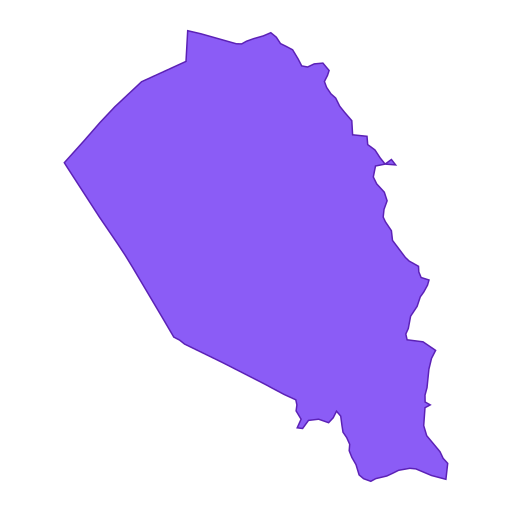 Arapiraca, Alagoas, Brazil (Albers equal-area conic projection)
{"feature_id": "56859067B80614928342365", "entity_name": "Arapiraca", "entity_type": "district", "adm_level": 2, "iso_a3": "BRA", "parent_name": "Brazil", "parent_adm1": "Alagoas", "projection": "albers", "projection_center": [-36.607, -9.758], "detail": "fine", "context": "isolated", "style": "filled", "palette": "violet", "viewbox_px": 512, "rotation_deg": 0, "n_neighbors": 0, "source": "geoboundaries", "source_scale": "gbopen_adm2", "svg_char_len": 1603}
<svg xmlns="http://www.w3.org/2000/svg" viewBox="0 0 512 512"><path d="M385.1,164.1L380.0,157.7L375.0,150.0L367.7,144.6L367.0,136.3L352.6,134.8L351.8,120.7L344.4,112.1L339.7,106.2L335.7,98.1L330.9,93.8L326.6,87.4L324.4,81.5L327.5,75.4L329.1,70.5L322.9,63.1L314.2,63.9L307.6,67.0L301.7,65.9L298.2,59.1L292.6,49.8L286.4,46.5L280.5,43.6L276.3,37.2L270.8,32.7L263.3,35.9L253.8,38.6L246.5,41.2L241.7,43.9L236.4,43.8L201.0,33.8L187.7,30.7L186.0,61.4L141.6,81.7L114.9,106.7L99.9,122.6L84.2,140.6L64.3,162.7L67.2,167.3L99.5,217.2L117.3,243.3L125.4,255.6L132.5,267.2L162.6,318.0L173.8,337.1L179.6,340.1L184.6,344.1L222.2,362.4L265.5,384.5L272.3,388.2L284.2,394.5L288.8,396.6L295.8,399.8L296.9,404.9L296.1,410.9L301.1,419.2L297.2,427.8L302.6,428.5L308.5,420.4L318.6,419.2L328.6,422.7L333.2,417.8L336.5,411.2L340.7,416.1L341.9,425.0L343.0,432.2L346.7,437.6L349.7,444.3L349.2,450.7L351.8,457.3L356.0,464.6L359.1,474.9L363.6,478.7L370.8,481.3L375.8,478.6L386.8,476.0L392.8,473.2L398.6,470.3L409.8,468.3L415.9,468.9L431.5,475.5L445.9,479.3L447.7,463.4L443.1,458.3L440.0,451.7L426.7,435.7L423.7,425.6L425.0,407.7L430.2,404.9L425.1,402.0L425.0,395.1L427.0,387.7L428.9,369.2L431.5,358.4L435.6,350.4L423.0,341.8L407.1,339.8L405.8,334.0L408.3,328.5L410.6,316.2L417.1,306.4L420.3,296.8L423.7,292.1L427.5,285.2L429.0,280.0L421.1,277.5L418.8,271.9L418.5,266.3L409.2,261.1L405.3,257.4L392.5,240.4L391.4,230.7L385.4,221.8L383.2,217.1L384.0,209.4L387.1,200.8L384.3,192.2L376.7,183.9L373.3,177.0L375.5,166.0L385.1,164.1ZM385.1,164.1L395.6,164.9L391.4,159.5L385.1,164.1Z" fill="#8b5cf6" stroke="#5b21b6" stroke-width="1.5"/></svg>